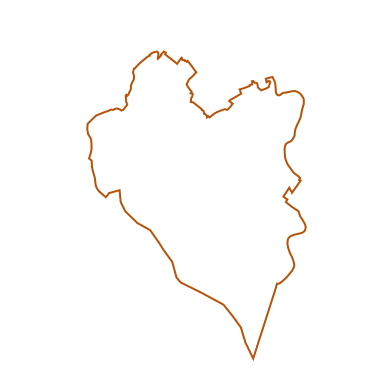 outline of Dan Phuong, Ha Noi, Vietnam, rotated 200°
{"feature_id": "81297802B64128830492510", "entity_name": "Dan Phuong", "entity_type": "district", "adm_level": 2, "iso_a3": "VNM", "parent_name": "Vietnam", "parent_adm1": "Ha Noi", "projection": "natural_earth1", "projection_center": [105.68, 21.121], "detail": "fine", "context": "isolated", "style": "outline", "palette": "amber", "viewbox_px": 384, "rotation_deg": 200, "n_neighbors": 0, "source": "geoboundaries", "source_scale": "gbopen_adm2", "svg_char_len": 4468}
<svg xmlns="http://www.w3.org/2000/svg" viewBox="0 0 384 384"><g transform="rotate(200 192 192)"><path d="M308.3,231.0L313.4,220.4L312.0,215.5L309.6,211.1L305.6,207.8L304.4,206.2L302.9,202.9L301.2,198.2L300.5,194.9L300.2,188.3L297.0,187.1L295.2,182.8L294.6,181.4L292.4,177.9L289.0,173.3L287.6,171.0L285.2,166.1L283.6,163.9L282.0,162.5L279.5,160.8L275.6,159.3L271.2,157.6L270.0,160.9L269.7,162.5L260.7,168.9L255.5,158.1L248.0,151.0L238.1,146.6L232.8,144.2L218.2,141.8L205.8,133.2L199.6,128.3L186.7,119.6L177.3,106.3L171.6,103.1L165.3,102.4L149.7,100.7L138.8,99.1L131.4,98.0L123.9,96.9L116.9,92.7L111.2,89.2L99.7,81.4L90.3,68.8L77.5,56.4L80.4,130.5L80.8,134.9L79.5,135.3L78.7,135.9L77.8,137.1L76.9,138.5L75.3,141.4L74.0,144.1L72.8,147.2L71.3,151.4L71.0,152.2L70.6,155.7L70.6,157.4L71.1,158.8L72.6,161.1L75.5,164.8L78.8,167.9L79.3,168.4L81.9,171.6L84.3,175.2L85.4,178.6L85.7,180.4L85.4,182.0L84.7,183.6L83.4,185.0L81.5,186.7L78.4,188.7L75.4,190.7L74.3,191.6L73.0,193.5L72.7,194.7L72.9,196.9L73.2,198.0L74.6,200.2L78.0,203.1L79.8,204.6L81.7,205.8L83.4,207.8L85.3,210.3L85.9,210.5L93.1,212.2L100.3,214.6L100.2,215.8L100.1,216.2L99.8,217.6L104.5,218.8L102.4,227.8L102.1,229.3L101.1,228.4L99.1,226.8L98.7,226.4L98.4,226.2L97.9,225.9L97.7,225.6L93.8,239.8L95.5,240.0L95.2,242.1L96.4,242.6L96.9,242.9L97.4,243.2L98.7,243.5L99.8,243.9L101.5,244.3L102.4,244.6L103.3,245.0L103.9,245.4L110.7,250.0L111.5,250.6L112.6,251.7L113.8,253.0L114.9,254.3L116.2,256.1L118.2,260.3L119.4,263.4L119.9,264.8L120.3,267.5L119.9,269.8L118.4,271.6L117.1,272.8L116.5,273.4L115.8,274.9L115.5,276.5L115.0,278.2L114.9,279.5L114.9,280.1L116.1,284.4L116.3,287.0L116.2,290.6L115.5,297.2L115.6,299.8L116.1,303.2L116.3,304.3L116.9,309.1L117.0,311.6L117.1,312.9L117.7,314.8L118.7,317.4L119.9,318.7L122.1,320.3L123.6,321.3L125.7,321.9L127.9,322.2L130.0,322.0L131.5,321.4L133.6,320.2L135.3,319.1L136.7,318.2L137.9,317.4L139.1,317.0L140.2,316.4L141.0,315.4L141.6,314.4L142.4,313.1L143.0,312.9L143.6,312.4L144.1,312.3L145.3,312.6L145.9,313.0L146.5,313.4L147.1,314.2L148.0,316.0L148.9,318.2L150.0,320.7L150.4,321.4L151.2,322.7L152.3,324.3L152.9,325.0L153.9,325.9L154.9,326.8L155.3,327.2L155.7,327.6L159.2,325.3L161.3,323.6L159.4,320.6L157.8,322.8L156.1,322.3L155.9,316.7L157.9,314.5L159.5,313.1L161.8,311.2L162.2,311.4L164.0,312.0L164.9,312.4L165.5,312.7L166.0,313.1L166.6,314.2L167.1,315.3L167.8,316.1L168.3,316.6L168.5,316.6L169.4,316.4L170.2,316.1L171.2,316.4L172.5,317.3L173.5,316.6L172.7,315.0L172.3,313.6L174.4,312.1L174.5,311.8L174.2,311.2L179.0,307.1L182.3,304.7L179.4,301.2L187.8,291.2L188.1,290.1L185.7,289.4L184.4,289.0L184.0,288.9L184.4,287.6L185.1,285.1L186.2,282.6L187.1,281.1L188.7,281.2L189.5,281.0L190.3,280.4L191.3,279.6L192.8,278.3L194.5,276.9L196.0,275.4L198.0,273.1L199.0,271.3L200.3,269.2L200.8,268.2L201.1,268.1L201.7,268.4L202.7,268.8L203.4,267.3L204.1,268.7L206.2,269.9L207.4,269.6L208.7,271.9L209.1,272.3L210.1,272.3L210.7,272.3L210.8,272.5L210.9,273.0L221.6,276.7L223.9,276.1L224.9,279.9L224.8,280.6L224.4,281.4L224.4,281.9L224.9,284.5L225.1,284.6L227.0,284.3L226.6,286.0L231.5,289.2L233.3,290.6L233.9,291.6L233.8,292.4L233.6,294.4L233.5,295.7L233.1,297.2L232.3,298.6L231.5,300.1L231.0,301.3L230.7,301.9L228.9,306.0L230.0,306.7L231.0,307.3L232.1,308.0L232.3,308.2L232.6,308.4L234.3,309.5L235.0,310.0L239.7,313.0L240.9,313.7L241.4,312.5L241.7,312.6L243.7,313.4L243.9,312.8L244.6,313.0L245.6,312.9L246.1,312.7L246.5,313.3L247.1,314.2L247.8,314.6L248.2,313.6L248.9,310.7L249.8,307.4L250.8,307.7L255.3,309.2L257.3,309.9L259.3,310.5L260.8,311.0L261.7,311.3L262.7,311.6L263.0,311.7L264.4,312.2L264.3,313.3L264.2,313.8L264.2,314.0L266.5,314.3L267.1,312.9L268.2,310.4L267.7,309.7L269.6,305.5L270.0,306.0L270.1,306.5L270.2,308.0L270.7,310.0L271.4,311.2L272.1,311.7L273.0,311.9L275.2,310.6L277.6,308.4L278.1,306.9L278.8,306.4L278.3,305.6L279.9,304.1L280.9,302.5L282.2,300.3L285.3,294.9L286.4,292.6L288.0,288.6L288.7,288.1L288.6,286.6L288.4,284.8L288.2,283.9L287.6,283.1L286.3,281.5L285.7,279.9L285.3,278.5L285.3,276.9L285.6,275.1L285.7,274.0L285.8,270.9L285.1,269.2L284.8,268.4L284.7,267.6L284.8,266.3L285.0,263.8L285.1,262.0L285.3,261.2L285.6,260.4L285.8,260.1L286.2,260.1L286.8,260.8L286.9,261.0L287.0,261.0L287.1,260.8L287.1,259.6L285.0,254.8L283.4,252.7L282.7,251.7L284.8,245.6L286.1,244.4L287.7,244.8L289.1,244.9L290.4,244.9L292.1,244.3L292.8,243.8L293.9,242.4L294.5,242.0L295.8,241.9L296.6,241.4L298.1,239.8L302.1,236.6L308.3,231.0Z" fill="none" stroke="#b45309" stroke-width="2"/></g></svg>